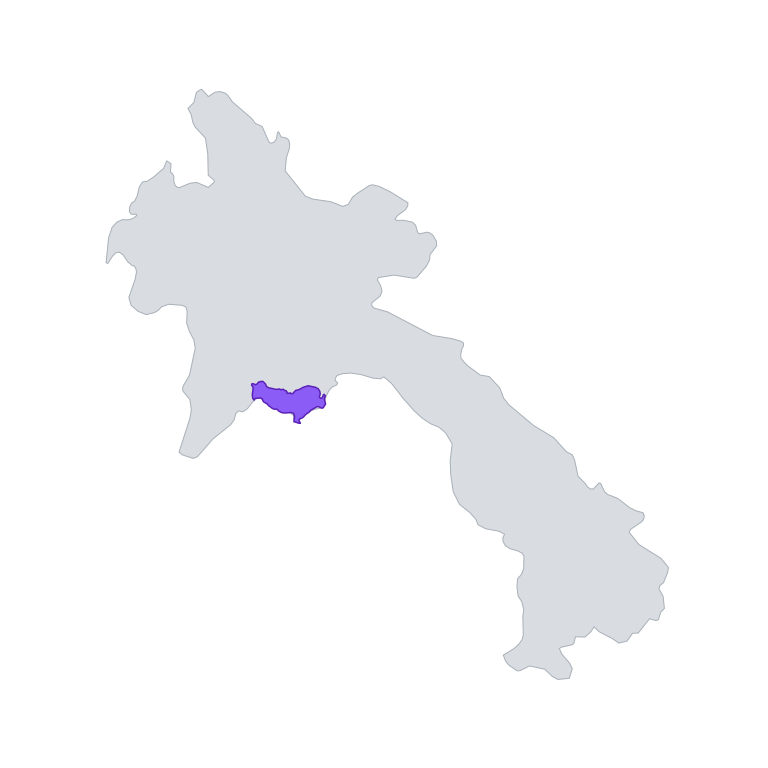 location of Vientiane [prefecture] within Laos, rotated 354°
{"feature_id": "LAO-3283", "entity_name": "Vientiane [prefecture]", "entity_type": "Prefecture", "adm_level": 1, "iso_a3": "LAO", "parent_name": "Laos", "parent_adm1": "", "projection": "albers", "projection_center": [102.591, 18.122], "detail": "fine", "context": "in_parent", "style": "filled", "palette": "violet", "viewbox_px": 768, "rotation_deg": 354, "n_neighbors": 0, "source": "natural_earth", "source_scale": "10m", "svg_char_len": 5236}
<svg xmlns="http://www.w3.org/2000/svg" viewBox="0 0 768 768"><g transform="rotate(354 384 384)"><path d="M258.8,80.5L262.6,87.4L280.2,106.2L283.2,111.3L289.7,115.2L295.1,131.8L297.3,132.8L300.3,131.7L302.5,129.4L304.3,122.9L305.5,122.2L307.5,127.5L312.5,129.1L314.7,131.4L315.3,135.4L314.6,139.6L310.5,149.0L308.0,161.7L325.4,189.0L332.6,192.7L350.0,197.1L361.7,203.1L367.2,201.6L372.3,194.8L378.5,191.0L390.1,185.1L393.5,184.7L399.9,187.0L410.6,193.7L426.7,206.2L426.2,209.6L423.3,213.0L414.8,218.1L412.1,221.4L413.8,222.6L420.9,223.3L429.3,226.1L432.0,229.4L433.4,237.0L435.0,238.4L442.8,237.5L445.2,238.5L448.0,240.9L450.9,247.2L450.9,251.9L443.2,260.3L442.4,265.3L438.4,271.3L427.8,281.3L425.0,282.0L405.2,276.7L389.5,277.6L388.2,279.7L390.9,285.7L391.7,291.6L389.3,296.2L380.3,302.1L380.0,304.7L381.9,307.4L395.0,312.6L437.4,340.8L456.6,346.1L465.1,349.6L467.3,351.6L467.2,354.1L465.1,357.3L463.3,363.0L463.3,366.4L465.3,369.6L468.8,374.4L480.7,385.2L489.4,387.6L498.7,399.9L501.6,410.8L506.1,417.8L528.5,441.0L547.2,455.1L558.4,470.6L563.8,474.0L565.6,479.6L567.4,496.1L573.9,504.2L575.4,507.5L578.2,509.9L581.2,510.3L587.6,504.8L589.0,505.5L592.1,514.1L594.8,517.2L604.7,522.4L615.3,532.6L621.0,536.3L628.1,539.1L629.1,542.4L628.0,545.8L625.8,548.0L613.9,554.4L612.3,557.1L620.7,570.3L641.2,586.3L647.7,596.1L646.5,600.9L641.2,610.8L637.1,613.5L636.1,616.6L639.4,624.4L639.4,636.5L635.6,639.6L632.2,647.1L629.8,647.7L623.5,645.2L610.8,658.3L605.2,657.8L598.8,665.1L590.5,666.2L584.5,661.1L572.0,652.8L567.5,647.5L563.7,652.2L557.3,656.7L548.0,655.4L545.7,661.8L543.9,663.0L532.8,664.3L530.7,665.4L532.6,671.2L539.4,681.0L541.5,686.7L537.5,696.1L526.0,696.0L520.7,692.3L514.1,684.5L499.2,679.6L489.4,683.3L486.4,683.2L478.8,676.7L476.0,672.4L474.3,666.1L485.5,660.8L491.1,656.7L494.8,652.4L496.3,647.9L497.8,629.5L499.4,622.9L498.3,615.0L495.2,608.7L495.0,599.3L496.5,591.7L500.7,587.8L503.6,582.3L505.2,569.9L503.8,566.8L499.5,563.9L492.4,561.1L487.9,557.6L486.0,553.2L486.1,549.4L488.2,546.0L482.9,542.4L470.0,538.6L462.8,533.8L461.2,528.1L455.8,520.7L446.5,511.6L441.6,498.4L440.9,481.1L441.8,467.0L445.6,450.7L440.1,438.9L434.2,432.8L426.0,428.3L418.2,421.8L410.8,413.3L401.9,400.8L391.5,384.2L384.5,376.8L381.0,378.5L373.6,377.0L362.3,372.3L352.5,369.7L344.1,369.4L338.6,370.5L336.1,373.0L335.9,375.6L338.0,378.0L336.9,380.0L332.5,381.4L329.0,384.2L325.0,390.3L322.2,398.3L318.1,401.4L311.6,402.1L305.3,404.4L299.0,408.3L296.1,411.3L296.4,413.3L295.1,413.7L292.0,412.6L290.6,410.0L290.7,405.8L287.6,403.0L281.0,401.6L273.6,397.1L259.5,385.5L256.2,385.0L251.6,388.0L245.5,394.4L240.5,396.9L236.6,395.6L233.5,397.9L231.3,403.8L227.4,408.4L208.2,420.7L191.0,436.7L186.6,438.1L176.2,433.5L173.0,430.3L187.5,397.6L189.7,389.6L189.3,379.1L183.4,370.2L183.1,367.7L184.1,365.0L191.5,354.8L200.0,328.7L199.6,320.5L196.0,311.5L194.1,303.0L195.8,291.4L195.2,286.9L191.3,284.6L178.3,282.2L170.8,284.0L167.3,287.1L162.9,289.1L154.7,290.1L147.1,286.1L140.7,279.3L139.3,271.2L147.5,253.7L149.5,247.0L149.4,243.8L148.0,240.4L146.1,240.0L142.0,235.8L138.1,228.4L134.3,225.1L130.8,225.7L127.4,228.4L122.0,235.2L120.3,234.3L125.3,210.1L129.9,199.9L135.3,195.1L140.8,193.2L146.7,194.0L151.6,193.2L155.6,190.7L155.3,189.3L150.6,188.9L148.8,186.1L149.8,180.9L151.9,177.6L155.1,176.1L158.3,171.0L161.4,162.2L165.1,157.7L169.4,157.7L176.8,153.9L187.3,146.5L191.3,139.4L195.2,142.7L193.7,151.0L195.8,152.8L196.7,155.8L196.1,160.5L197.0,164.5L198.5,166.4L200.8,167.4L211.9,164.1L218.7,163.9L229.7,170.1L236.3,165.5L236.4,163.8L231.0,158.0L232.8,136.8L232.1,120.7L223.1,108.8L221.3,104.0L220.4,96.1L217.9,89.5L224.4,84.1L227.9,74.3L232.5,71.9L233.9,72.3L239.4,79.8L246.5,76.1L251.8,76.1L256.4,78.1L258.8,80.5Z" fill="#d9dde1" stroke="#a8b0b8" stroke-width="1"/><path d="M256.7,384.9L254.6,384.8L254.1,385.1L253.0,386.3L252.7,385.9L252.4,385.2L252.0,384.6L251.9,380.9L253.3,375.0L253.3,373.0L252.2,371.4L252.8,369.9L254.5,370.3L256.3,371.3L257.9,370.6L259.3,369.1L261.4,368.6L263.6,368.7L265.0,370.1L266.2,371.8L266.9,374.2L269.2,375.9L272.2,376.7L275.0,377.8L277.0,378.2L279.1,377.9L279.9,378.3L280.9,378.9L283.2,378.7L284.3,379.8L284.7,380.2L285.5,380.3L286.2,380.7L286.6,381.5L286.5,382.8L286.6,383.1L286.9,383.0L288.7,383.3L289.7,383.0L290.7,383.9L292.2,384.0L295.4,381.2L298.1,380.8L300.7,380.0L302.6,379.0L308.3,377.8L312.0,379.0L315.5,380.1L318.3,382.1L318.9,383.6L319.4,384.8L319.4,386.2L319.6,386.7L319.4,387.4L319.2,388.1L319.0,388.6L318.7,389.1L318.4,389.6L318.5,390.4L319.0,391.2L319.6,391.6L320.4,391.6L321.1,391.2L321.9,389.9L322.6,388.4L323.4,388.1L324.7,390.2L324.8,390.2L324.2,390.5L323.6,391.2L323.3,392.2L323.2,393.5L323.8,397.8L323.4,398.5L322.7,399.0L322.1,400.0L321.3,401.1L320.1,401.6L318.9,401.2L316.8,399.8L315.5,399.5L314.4,399.8L308.4,402.5L307.4,403.1L307.0,403.9L303.0,406.1L300.4,408.4L299.4,409.1L296.9,409.7L295.9,410.3L295.6,411.4L296.0,412.7L296.6,413.8L296.6,414.3L295.1,414.1L291.5,412.4L290.5,412.1L290.6,411.4L291.7,406.6L290.8,403.7L288.6,402.6L282.7,402.5L280.1,402.1L277.8,400.9L275.9,399.3L274.6,397.6L272.5,397.7L270.5,396.7L267.0,393.5L265.4,391.3L264.8,391.0L264.6,390.8L262.5,389.3L261.8,388.0L261.6,386.8L261.1,385.8L259.9,385.0L256.7,384.9Z" fill="#8b5cf6" stroke="#5b21b6" stroke-width="1.5"/></g></svg>